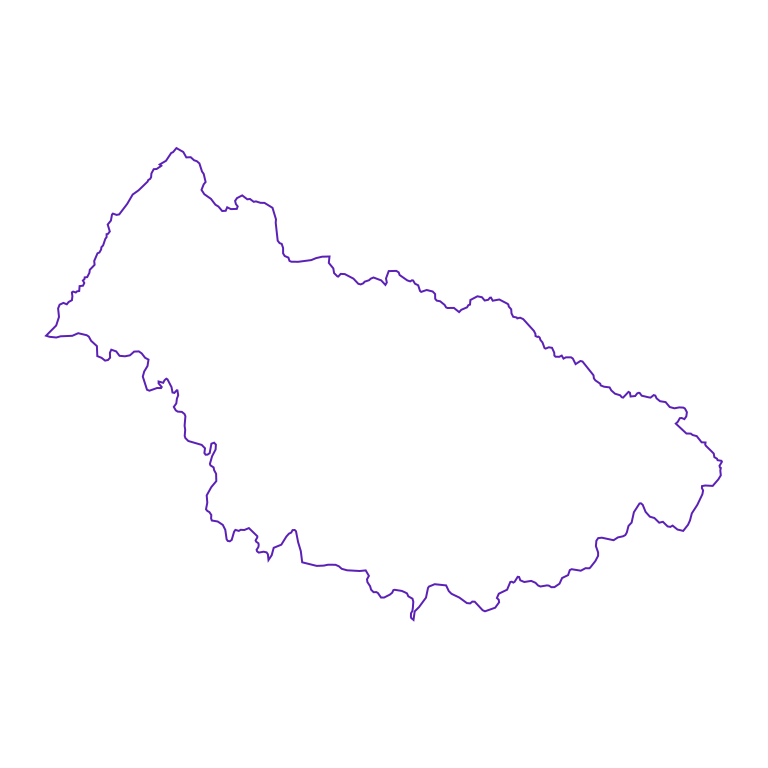 outline of Ambalavao, Haute Matsiatra, Madagascar
{"feature_id": "10022922B7475622417535", "entity_name": "Ambalavao", "entity_type": "district", "adm_level": 2, "iso_a3": "MDG", "parent_name": "Madagascar", "parent_adm1": "Haute Matsiatra", "projection": "orthographic", "projection_center": [46.669, -21.841], "detail": "fine", "context": "isolated", "style": "outline", "palette": "violet", "viewbox_px": 768, "rotation_deg": 0, "n_neighbors": 0, "source": "geoboundaries", "source_scale": "gbopen_adm2", "svg_char_len": 6077}
<svg xmlns="http://www.w3.org/2000/svg" viewBox="0 0 768 768"><path d="M373.5,277.5L370.7,278.7L369.1,280.2L364.6,281.7L363.3,283.3L360.7,284.4L358.3,283.8L353.4,278.6L344.8,274.1L340.7,273.9L338.2,276.6L337.4,276.4L334.1,273.1L333.3,268.4L328.8,262.9L329.5,256.5L322.2,256.7L316.1,258.1L311.2,260.1L298.2,261.8L291.3,261.7L289.5,260.9L288.4,257.6L284.7,256.0L283.1,253.4L283.1,248.0L281.7,243.9L279.6,243.1L277.7,240.7L275.7,222.7L276.0,219.4L272.5,207.8L264.5,202.9L260.4,202.8L256.0,201.4L253.7,201.8L250.0,199.0L247.3,199.3L242.2,195.4L237.0,198.1L235.1,200.9L235.9,204.1L237.7,206.4L236.8,208.9L230.9,209.1L227.2,207.3L225.7,210.8L222.2,211.0L218.4,206.5L215.4,204.7L211.0,198.9L204.3,194.2L201.5,189.9L203.7,184.3L205.6,182.0L203.7,173.9L202.0,171.5L199.4,163.4L196.7,161.1L194.1,160.3L190.7,157.2L186.3,157.4L183.3,152.0L176.4,148.1L173.1,152.1L171.2,153.0L166.0,160.8L159.7,164.5L161.3,165.8L156.6,169.0L153.7,169.2L151.4,173.5L151.1,177.2L150.1,178.9L148.2,180.1L147.6,181.6L138.6,190.3L132.7,194.5L127.2,203.9L119.2,214.4L116.6,214.9L112.9,213.6L112.0,214.6L110.9,220.6L107.7,224.5L109.8,231.5L107.9,233.9L106.6,234.2L106.6,237.1L105.3,238.9L103.1,245.4L101.4,247.2L101.1,249.5L99.4,252.5L97.5,253.3L94.2,261.0L94.6,264.8L89.8,269.8L89.4,272.8L87.2,277.1L84.7,277.4L84.4,279.2L82.9,280.5L84.3,283.0L83.0,285.7L79.6,286.1L79.2,291.0L76.9,291.4L75.8,292.5L73.1,291.6L71.9,292.4L72.4,296.4L71.9,300.2L68.6,302.0L66.8,304.3L63.4,302.9L59.6,304.7L58.1,308.5L59.0,316.9L56.2,325.5L46.1,335.7L49.5,336.8L56.3,337.5L60.6,336.3L72.3,335.8L78.2,333.2L86.7,335.2L88.8,336.6L91.1,340.8L96.9,346.1L97.3,356.1L101.5,357.8L105.1,360.6L108.0,360.0L110.1,357.7L109.9,352.8L111.3,349.7L116.2,351.4L119.5,355.8L125.0,356.3L130.0,355.3L134.1,351.6L138.8,351.4L141.7,353.4L145.1,357.8L148.5,359.6L147.5,366.0L144.2,371.5L142.8,376.6L147.0,389.7L149.4,390.7L157.1,388.0L161.0,388.1L161.7,387.0L158.6,383.4L158.6,381.5L163.2,382.8L164.5,380.3L166.3,378.7L167.5,379.4L171.5,387.1L172.5,392.5L174.4,392.9L176.7,390.3L177.4,390.4L178.2,395.2L176.9,398.7L176.3,403.4L173.8,406.9L175.8,410.4L177.7,411.6L181.9,411.9L184.5,414.0L185.4,416.2L184.6,425.7L185.2,429.9L184.7,435.9L185.4,438.1L188.3,441.0L201.7,444.9L205.0,448.3L204.4,453.0L205.6,454.7L207.6,454.6L209.7,453.1L211.4,443.7L214.1,442.7L215.9,444.6L215.6,449.5L212.1,456.2L209.9,463.9L210.5,465.4L213.6,467.4L214.1,470.1L216.1,473.8L216.3,481.1L211.3,487.1L206.7,495.4L207.3,502.7L206.0,509.3L207.4,511.0L209.4,512.1L211.3,515.0L211.1,518.4L211.8,520.5L217.7,521.5L222.8,524.9L225.3,529.9L226.6,539.2L227.7,540.9L229.8,541.3L231.7,539.9L234.1,531.7L235.4,529.9L238.8,530.9L240.7,529.8L244.3,530.0L248.9,528.1L257.3,536.2L257.3,537.4L255.6,540.4L256.1,541.6L258.4,543.3L258.7,544.9L258.4,547.0L256.6,549.8L257.1,551.4L258.8,552.6L263.6,551.7L266.6,552.4L267.9,554.3L268.5,560.0L271.7,555.2L273.7,547.8L281.3,544.7L286.4,536.5L288.9,533.7L291.2,532.6L292.6,530.1L294.7,530.0L296.0,531.3L298.1,542.1L300.8,551.1L302.2,562.3L316.7,565.9L323.8,565.6L328.1,564.7L335.5,564.8L338.9,566.3L341.7,568.8L347.1,570.3L359.7,571.0L365.7,570.4L368.9,575.9L367.0,579.3L367.4,582.1L370.1,586.2L371.1,589.7L373.6,592.2L376.3,592.1L377.9,593.0L381.0,597.5L384.2,597.5L389.9,594.6L392.2,592.7L393.4,590.1L394.7,589.8L401.7,590.9L404.5,592.1L407.0,593.4L408.3,596.3L412.5,598.7L413.3,601.7L412.9,607.5L412.4,610.9L411.0,613.3L410.9,616.8L411.3,618.1L413.5,619.9L414.7,611.4L419.1,607.0L426.0,597.6L428.0,588.0L428.9,586.6L434.7,584.2L446.1,585.4L448.8,591.1L451.5,593.8L459.4,597.6L466.9,603.1L470.2,603.4L472.3,601.6L474.7,601.7L482.6,610.2L485.0,611.3L495.2,607.7L499.1,602.3L498.7,599.7L496.9,598.0L498.8,593.7L507.1,589.7L510.3,582.0L511.8,581.7L513.3,582.6L514.6,581.8L517.7,576.8L519.1,577.0L520.3,580.3L524.3,582.0L531.2,580.9L535.5,582.8L538.1,585.5L540.5,586.5L546.9,585.4L548.8,585.6L551.4,587.2L554.5,587.1L559.5,583.7L562.1,578.0L568.1,575.1L569.8,570.1L570.6,569.7L571.6,569.2L580.8,570.7L585.5,568.2L589.3,568.3L590.2,567.6L595.4,561.0L598.1,555.8L598.1,552.4L595.9,546.1L596.4,540.7L598.2,538.1L601.8,537.7L613.6,540.2L617.9,537.4L623.0,536.3L625.3,535.1L626.8,532.5L628.5,525.9L631.6,522.6L633.9,512.2L639.5,503.5L640.9,503.3L642.7,504.8L645.6,511.9L649.9,516.7L654.4,518.0L659.2,522.7L662.9,521.8L667.6,526.4L670.3,526.9L672.6,525.6L677.4,529.5L683.2,530.9L688.0,524.8L690.0,520.4L691.8,513.4L697.3,504.9L702.4,494.2L703.1,490.5L701.9,488.1L702.0,486.1L705.2,485.5L712.7,485.9L718.4,479.3L720.8,475.3L720.3,470.5L720.8,468.0L720.0,467.6L719.5,465.8L721.9,461.8L721.4,460.8L717.6,460.2L717.0,458.7L714.4,457.2L713.7,453.5L705.9,445.8L705.2,444.6L705.5,442.5L701.6,442.3L696.7,436.1L692.6,435.0L690.8,433.6L686.4,433.5L675.8,423.6L677.8,421.8L679.8,418.2L681.6,418.0L684.4,419.1L686.3,416.4L686.9,412.2L684.9,408.5L683.3,407.6L679.3,407.4L674.4,408.3L669.7,407.0L665.6,402.1L660.0,401.2L656.6,398.4L655.3,395.6L653.7,395.1L650.6,397.6L649.0,397.4L641.7,395.7L639.6,392.9L638.6,392.8L637.2,393.4L635.2,396.0L630.6,396.5L629.9,392.7L628.5,391.9L623.1,397.6L621.7,397.2L620.2,395.3L615.0,393.7L611.3,390.4L609.6,387.4L604.0,386.7L600.7,385.4L600.2,383.7L595.4,380.4L593.9,378.4L593.5,375.3L582.5,361.5L580.4,361.0L575.6,364.1L572.8,358.5L571.0,357.3L566.0,357.3L563.5,358.6L561.7,355.6L559.3,356.8L555.5,356.7L554.4,355.6L554.2,352.6L552.0,347.8L548.8,347.3L545.6,348.6L544.5,348.0L542.5,342.5L540.4,339.9L539.7,337.6L538.5,336.6L537.3,336.9L535.5,336.0L535.4,333.8L533.9,330.9L523.2,319.1L520.1,317.7L517.3,318.4L516.7,317.5L513.2,316.8L511.5,313.4L511.2,309.3L508.8,306.6L508.3,304.4L507.0,303.5L499.3,299.5L492.7,300.7L491.0,297.6L490.0,297.7L488.2,299.8L484.7,300.5L481.9,297.2L477.4,296.3L470.4,300.0L470.0,304.6L468.3,305.2L467.1,307.3L461.3,309.8L459.1,312.1L453.9,307.9L447.5,308.0L446.1,307.4L444.6,304.9L440.2,301.3L436.7,300.6L435.2,298.8L435.1,294.0L432.7,291.5L426.6,290.0L421.2,291.9L420.0,290.9L418.2,285.3L415.0,283.7L413.1,280.5L411.9,280.3L410.2,281.4L407.3,280.4L399.6,275.0L398.7,272.4L396.3,270.9L388.7,271.1L386.0,278.5L386.8,282.5L385.4,284.9L381.2,280.4L373.5,277.5Z" fill="none" stroke="#5b21b6" stroke-width="2"/></svg>